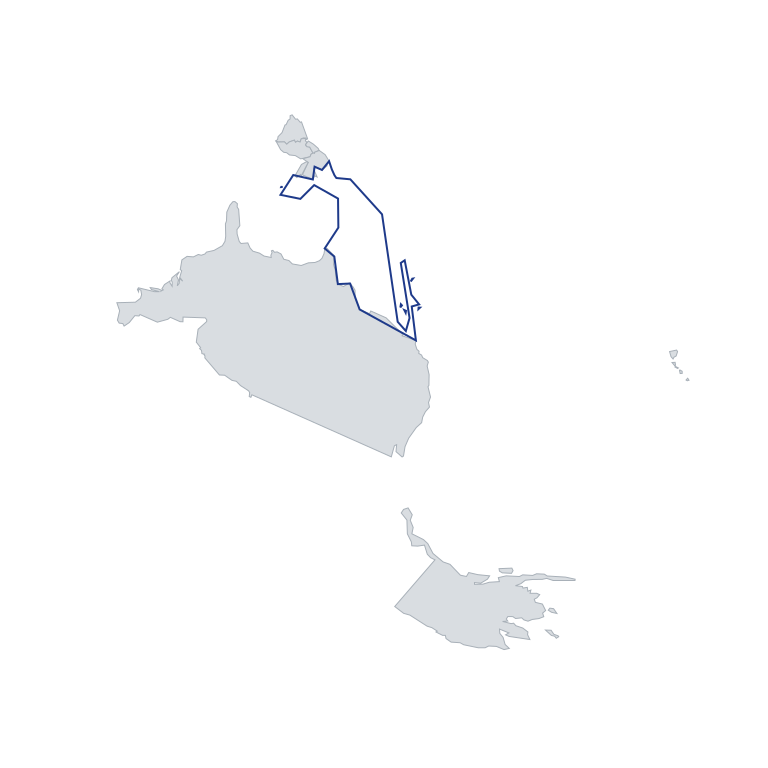 Mexico and the surrounding countries, rotated 204°
{"feature_id": "MEX", "entity_name": "Mexico", "entity_type": "country or territory", "adm_level": 0, "iso_a3": "MEX", "parent_name": "North America", "parent_adm1": "", "projection": "robinson", "projection_center": [-103.635, 23.63], "detail": "coarse", "context": "with_neighbors", "style": "outline", "palette": "blue", "viewbox_px": 768, "rotation_deg": 204, "n_neighbors": 6, "source": "natural_earth", "source_scale": "50m", "svg_char_len": 6216}
<svg xmlns="http://www.w3.org/2000/svg" viewBox="0 0 768 768"><g transform="rotate(204 384 384)"><path d="M347.7,320.4L500.3,320.4L500.2,317.7L502.0,317.7L503.2,321.5L504.9,322.7L514.5,324.2L520.0,326.4L524.4,325.5L533.2,327.2L538.0,325.3L558.3,335.0L559.0,336.9L560.4,337.6L560.2,338.2L562.7,337.7L564.4,340.5L566.8,341.3L566.3,342.6L572.5,345.9L576.1,358.4L571.4,368.9L572.1,370.6L574.2,371.7L594.8,363.4L593.0,359.1L595.5,358.0L606.3,358.0L607.8,355.2L616.2,348.3L635.2,348.2L635.5,346.5L639.4,345.1L641.7,336.5L645.0,331.2L647.2,333.0L650.7,331.9L653.5,333.9L655.3,343.4L661.1,349.6L644.4,357.6L641.3,363.3L641.8,367.1L644.3,370.8L646.7,371.0L645.7,368.4L647.7,370.0L647.5,372.0L631.2,375.0L626.6,377.0L634.9,375.7L636.8,377.0L629.0,379.1L625.3,379.1L625.4,378.3L623.9,380.2L625.6,380.6L625.0,385.6L621.4,391.1L620.7,389.3L617.3,387.1L618.9,391.0L620.5,392.2L620.9,394.9L616.6,403.4L617.4,398.3L614.1,395.5L612.8,389.6L612.0,392.7L613.7,397.2L609.7,396.1L614.0,398.4L614.9,405.2L616.7,405.7L619.1,415.2L615.8,420.5L609.8,422.6L606.3,426.8L603.3,427.3L600.5,429.9L599.8,432.3L593.6,436.9L587.9,444.6L587.3,449.7L588.7,454.6L594.0,465.8L594.2,468.9L597.5,477.1L597.5,484.7L596.2,489.1L594.4,490.0L591.3,489.1L590.2,486.0L587.8,484.4L580.1,470.0L581.1,465.2L579.2,461.3L574.2,455.3L571.8,454.2L565.8,457.5L561.7,453.8L557.8,452.0L551.0,452.9L545.6,452.1L538.5,453.7L539.7,455.6L539.7,458.5L541.0,459.9L539.9,460.9L537.6,459.8L535.4,461.2L531.0,460.9L526.3,457.2L521.1,458.1L516.6,456.4L507.8,458.6L502.4,463.9L496.4,467.0L493.1,470.4L491.8,473.6L491.8,478.5L493.3,484.4L490.9,484.6L481.8,480.8L478.6,472.4L475.0,468.4L469.8,459.3L465.5,456.4L460.6,456.6L456.7,462.2L451.7,460.1L448.6,457.9L445.1,450.3L436.3,442.3L425.8,442.3L425.8,445.3L409.0,445.3L386.5,436.8L387.1,435.4L372.6,436.8L371.7,433.1L368.0,429.0L365.3,428.2L364.7,426.1L361.4,425.7L359.4,423.8L353.9,423.1L352.4,422.0L351.9,418.0L346.6,410.9L342.4,401.0L342.7,399.4L336.2,391.0L335.8,385.2L333.1,381.4L334.9,375.5L335.2,369.5L333.9,364.0L336.8,357.4L339.4,344.6L339.3,335.3L336.9,326.1L337.8,324.7L345.5,327.1L347.8,333.7L349.4,331.8L347.7,320.4ZM283.7,185.1L265.9,244.1L270.8,244.3L275.2,246.1L281.5,253.3L287.3,249.6L292.8,247.5L294.8,250.9L301.7,256.6L307.7,269.0L315.8,273.2L315.1,277.4L311.6,280.6L305.0,276.0L304.6,270.2L299.0,264.8L297.6,258.5L284.6,257.9L279.1,256.0L270.3,249.1L257.6,245.5L250.4,246.1L236.4,240.4L230.4,241.7L229.9,246.2L220.7,248.0L209.5,251.7L210.1,247.8L214.6,241.4L220.6,239.4L219.8,237.8L212.2,241.4L207.2,245.7L198.2,250.4L200.8,253.6L194.4,258.4L182.0,263.2L179.6,266.1L170.3,269.6L167.4,272.7L160.2,275.5L156.8,275.0L139.7,281.4L130.0,283.4L129.6,282.2L149.6,273.3L156.3,272.6L160.0,269.9L168.7,265.9L175.1,262.2L177.8,257.2L181.9,253.2L175.2,255.3L174.0,254.1L170.4,256.5L168.3,253.2L166.0,255.5L165.4,252.2L159.3,254.9L156.1,254.9L157.3,250.9L159.2,248.5L156.9,246.1L149.8,247.4L144.2,242.8L145.9,239.2L143.4,236.4L147.1,232.7L152.8,229.2L156.0,225.9L160.2,225.4L163.1,226.4L168.4,223.3L171.7,223.9L176.3,221.9L176.7,219.0L174.5,217.8L179.1,215.3L170.4,216.8L168.3,218.2L165.2,216.8L158.0,217.5L151.7,216.0L150.9,213.4L146.8,209.9L167.0,204.3L170.9,204.3L168.7,207.4L178.8,207.1L176.8,203.3L172.2,201.0L167.4,195.3L162.0,193.4L166.3,190.2L174.6,190.0L181.8,187.2L184.3,184.2L190.5,181.4L205.2,178.2L209.2,178.6L217.7,175.5L223.8,176.7L225.7,179.3L228.3,178.2L235.7,178.6L234.8,179.9L241.2,180.9L246.1,180.3L266.4,183.4L272.8,182.5L283.7,185.1ZM123.2,221.8L125.5,223.0L128.9,222.4L136.4,224.9L131.2,227.0L127.0,224.4L122.5,224.8L121.6,224.2L123.2,221.8ZM132.9,525.7L136.3,529.8L130.5,534.0L129.0,533.0L128.5,528.4L130.0,526.4L130.1,524.4L132.9,525.7ZM129.6,520.8L126.9,522.2L125.3,519.7L126.0,519.0L129.6,520.8ZM125.2,517.9L124.9,518.6L121.6,518.4L122.1,517.6L125.2,517.9ZM117.7,514.0L119.7,516.8L119.3,517.2L116.8,516.9L115.9,515.0L117.7,514.0ZM109.7,510.5L108.9,512.8L106.9,511.5L108.3,510.3L109.7,510.5ZM138.2,243.6L141.9,244.2L141.3,246.7L137.7,247.7L132.7,244.7L138.2,243.6ZM199.1,259.6L202.4,260.0L203.8,262.1L192.3,267.8L190.2,266.0L190.5,262.9L199.1,259.6Z" fill="#d9dde1" stroke="#a8b0b8" stroke-width="1"/><path d="M578.9,591.0L577.4,592.5L572.5,589.9L571.0,590.9L566.9,589.0L566.0,589.9L553.5,576.9L554.2,575.8L555.2,576.9L557.6,576.1L559.3,574.4L559.1,570.9L561.9,570.7L563.2,568.8L565.1,570.3L569.0,566.6L570.4,563.5L573.4,564.7L579.3,561.9L581.5,562.0L580.7,564.3L581.4,566.9L579.4,572.2L579.8,580.4L578.9,581.1L578.8,586.0L577.6,587.9L578.9,591.0Z" fill="#d9dde1" stroke="#a8b0b8" stroke-width="1"/><path d="M581.5,562.0L579.3,561.9L573.4,564.7L570.4,563.5L569.0,566.6L565.1,570.3L563.2,568.8L561.9,570.7L559.1,570.9L559.3,574.4L555.7,576.4L554.6,574.1L552.7,573.5L553.0,570.7L552.2,569.9L548.2,570.2L542.8,566.1L544.1,564.3L544.0,561.5L551.7,555.8L557.9,556.6L563.5,554.8L567.0,555.7L569.8,554.9L573.7,556.0L581.5,562.0Z" fill="#d9dde1" stroke="#a8b0b8" stroke-width="1"/><path d="M542.8,566.1L548.2,570.2L550.9,569.4L553.0,570.7L552.0,575.2L546.1,574.4L540.0,572.5L538.2,571.0L541.7,567.4L541.3,566.5L542.8,566.1Z" fill="#d9dde1" stroke="#a8b0b8" stroke-width="1"/><path d="M524.8,565.3L525.7,561.5L524.7,560.2L527.7,554.4L535.7,554.3L535.8,551.9L529.3,545.9L532.2,545.9L532.1,541.9L543.6,541.9L543.4,555.6L549.7,556.8L544.0,561.5L544.1,564.3L542.8,566.1L541.3,566.5L541.7,567.4L538.2,571.0L531.1,569.6L524.8,565.3Z" fill="#d9dde1" stroke="#a8b0b8" stroke-width="1"/><path d="M543.4,555.6L544.3,540.5L545.5,541.4L547.6,537.1L550.0,538.1L548.7,551.0L545.2,555.6L543.4,555.6Z" fill="#d9dde1" stroke="#a8b0b8" stroke-width="1"/><path d="M372.6,436.8L436.6,442.2L455.8,462.0L466.8,456.5L481.2,480.2L493.3,483.7L489.3,508.3L501.4,534.7L528.7,537.3L535.7,519.1L555.5,514.7L551.9,538.0L532.2,541.9L535.8,554.3L527.7,554.3L524.8,565.2L518.9,558.8L514.1,554.5L511.3,552.8L498.0,557.3L454.8,538.2L396.8,446.4L385.6,441.3L387.5,454.7L417.9,501.4L415.4,505.4L395.4,476.7L384.3,471.0L390.2,466.1L372.6,436.8ZM400.2,460.6L401.0,463.7L399.6,463.1L400.2,460.6ZM395.5,459.8L393.7,459.8L393.2,457.9L395.5,459.8ZM558.0,522.3L556.7,522.8L558.0,522.1L558.0,522.3ZM401.0,491.7L400.4,492.1L401.3,488.5L401.0,491.7ZM383.5,467.9L382.2,468.4L383.0,466.5L383.5,467.9Z" fill="none" stroke="#1e3a8a" stroke-width="2"/></g></svg>